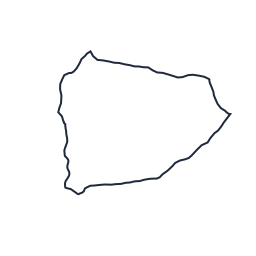 Radi, Tashigang, Bhutan (Robinson projection), rotated 300°
{"feature_id": "84629894B49132822130738", "entity_name": "Radi", "entity_type": "district", "adm_level": 2, "iso_a3": "BTN", "parent_name": "Bhutan", "parent_adm1": "Tashigang", "projection": "robinson", "projection_center": [91.705, 27.357], "detail": "fine", "context": "isolated", "style": "outline", "palette": "slate", "viewbox_px": 256, "rotation_deg": 300, "n_neighbors": 0, "source": "geoboundaries", "source_scale": "gbopen_adm2", "svg_char_len": 1846}
<svg xmlns="http://www.w3.org/2000/svg" viewBox="0 0 256 256"><g transform="rotate(300 128 128)"><path d="M45.1,103.5L45.2,104.7L46.5,109.0L46.0,114.5L45.7,117.2L46.1,118.4L46.8,118.7L49.2,120.7L51.2,121.4L52.6,121.1L54.2,121.0L55.6,121.8L59.1,124.2L61.5,127.8L64.3,131.6L67.5,136.2L69.4,139.7L70.8,142.3L71.6,143.2L73.2,145.4L76.2,150.0L79.4,153.4L80.2,154.6L81.9,157.1L84.1,159.3L85.9,161.5L87.8,164.6L91.1,167.7L93.8,170.9L95.9,173.7L98.5,178.1L101.1,180.1L105.1,181.0L110.7,183.6L117.0,185.5L121.3,186.3L125.9,189.3L129.7,193.4L131.2,194.6L132.8,195.8L136.6,197.0L140.5,197.9L143.9,198.7L150.0,200.4L155.3,204.2L160.6,204.4L162.8,204.8L166.9,205.5L170.5,207.2L175.9,208.0L180.7,208.2L187.6,209.1L191.2,209.6L190.6,208.1L190.9,205.6L191.5,203.2L191.5,200.7L191.6,199.9L191.7,198.3L192.7,195.9L193.7,193.5L195.7,190.7L197.1,188.8L199.5,185.8L201.8,184.1L204.1,181.3L205.9,179.1L207.9,176.4L209.5,174.9L210.6,174.3L210.9,173.5L210.5,168.5L208.7,163.0L206.5,157.5L203.9,153.7L199.4,149.8L196.7,146.0L195.6,141.1L194.5,136.1L193.1,130.5L190.7,125.5L190.3,120.7L190.6,115.2L188.4,111.1L186.8,106.8L184.6,102.8L183.2,97.8L181.4,93.0L179.9,87.8L177.7,83.6L176.2,78.6L174.1,72.7L171.7,67.5L172.8,61.8L175.6,57.2L171.8,55.2L169.4,54.9L164.5,53.3L160.1,53.7L154.2,53.7L149.8,52.8L147.4,51.5L146.2,49.5L141.9,46.4L137.1,46.7L132.0,47.4L127.6,49.8L122.7,54.2L116.0,57.6L111.1,58.5L106.8,59.7L105.1,64.9L101.7,68.5L101.3,69.4L100.4,69.9L100.0,71.8L98.4,72.6L97.7,73.3L96.6,74.0L94.5,75.9L93.7,76.4L91.9,77.6L88.8,80.3L86.3,82.0L84.3,82.6L80.2,83.3L78.9,83.5L76.5,84.2L75.2,85.1L74.5,85.7L72.9,86.7L72.1,87.6L72.0,88.5L70.7,91.9L69.9,92.7L69.1,93.2L65.2,94.3L63.6,95.1L62.4,96.2L60.7,98.8L59.5,99.9L58.1,100.5L56.7,100.8L52.8,100.7L51.3,100.5L49.9,100.8L48.8,101.0L47.5,101.8L46.6,102.3L45.1,103.5Z" fill="none" stroke="#1e293b" stroke-width="2"/></g></svg>